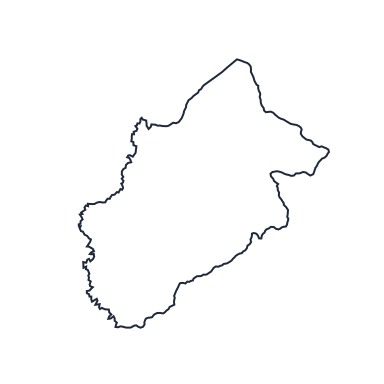 Cabeceira Grande, Minas Gerais, Brazil, rotated 332°
{"feature_id": "56859067B77349065842213", "entity_name": "Cabeceira Grande", "entity_type": "district", "adm_level": 2, "iso_a3": "BRA", "parent_name": "Brazil", "parent_adm1": "Minas Gerais", "projection": "orthographic", "projection_center": [-47.136, -16.069], "detail": "fine", "context": "isolated", "style": "outline", "palette": "slate", "viewbox_px": 384, "rotation_deg": 332, "n_neighbors": 0, "source": "geoboundaries", "source_scale": "gbopen_adm2", "svg_char_len": 4747}
<svg xmlns="http://www.w3.org/2000/svg" viewBox="0 0 384 384"><g transform="rotate(332 192 192)"><path d="M69.4,280.2L71.6,281.6L74.2,282.9L76.6,282.9L78.5,282.9L80.2,283.6L81.3,285.8L82.8,287.6L85.4,288.0L87.8,286.8L88.8,284.7L90.2,283.3L91.9,282.2L93.8,282.3L95.8,283.1L97.9,283.8L99.6,283.0L101.3,282.4L104.5,282.5L107.2,283.9L109.4,285.6L111.2,285.6L113.7,284.7L116.3,284.4L118.3,283.0L120.9,283.1L123.5,283.2L124.5,280.5L125.9,278.7L127.1,277.3L127.4,275.4L128.8,274.2L130.1,273.1L131.8,271.7L133.3,270.7L135.3,269.3L137.1,267.8L138.7,266.9L141.1,267.8L143.3,269.7L145.7,268.9L147.3,270.0L149.2,270.0L151.3,270.5L152.7,269.2L154.9,268.9L156.7,268.7L158.5,269.5L160.6,270.5L163.4,270.3L164.9,271.3L166.6,271.7L169.2,271.4L171.5,271.2L173.7,270.1L175.4,269.2L178.0,268.9L180.3,270.4L182.1,270.4L184.0,270.9L186.3,270.4L189.1,271.4L191.9,271.4L194.7,271.1L197.0,270.1L198.7,269.7L200.7,268.9L202.9,268.7L205.0,268.7L207.3,269.4L209.2,268.5L211.7,268.5L214.2,267.3L215.8,265.4L218.0,265.3L220.5,264.1L221.5,261.2L223.0,260.3L224.3,258.8L225.4,256.9L227.2,257.2L228.9,258.6L229.6,260.3L229.7,262.2L229.4,264.4L231.4,265.6L233.1,263.4L234.7,262.3L236.9,261.9L238.7,260.4L240.9,259.9L242.6,260.3L245.3,259.8L247.8,261.4L248.9,264.0L250.7,265.6L252.7,265.8L254.7,265.4L256.6,265.7L258.7,266.6L260.7,265.3L262.0,263.5L263.5,262.2L264.5,260.7L264.4,258.7L265.8,256.9L266.9,255.2L268.3,253.0L268.0,249.4L267.0,246.5L267.8,244.8L267.5,242.8L267.4,240.5L266.8,237.7L267.2,235.5L268.6,233.5L268.6,230.7L269.7,228.4L269.7,226.5L271.8,225.4L270.7,223.3L269.6,220.8L269.9,218.4L269.1,215.4L269.8,212.8L272.4,212.1L275.0,213.0L276.7,213.5L278.7,215.1L280.7,217.1L281.9,219.0L283.6,220.9L285.5,222.4L287.1,224.3L289.6,225.3L292.6,224.4L294.7,225.6L296.6,226.2L299.3,226.4L301.6,228.1L302.8,230.6L304.2,233.0L307.4,233.2L309.9,231.0L312.3,228.6L314.8,227.4L316.4,226.0L318.2,225.0L320.2,224.4L322.4,223.6L325.3,223.9L328.1,223.1L329.6,221.9L331.7,221.0L332.3,218.5L330.9,216.2L329.4,214.5L327.9,212.6L325.3,212.0L323.9,209.9L322.4,208.0L321.5,206.4L321.7,204.6L321.2,202.6L319.6,201.0L317.6,199.4L316.7,197.3L315.6,194.7L315.4,191.6L316.7,189.8L318.2,188.3L318.3,186.2L317.4,184.1L315.8,181.9L313.3,180.0L311.1,178.1L309.7,175.8L308.6,174.0L307.7,172.4L306.7,170.8L305.3,169.5L303.6,167.3L302.5,164.7L301.6,162.6L301.0,160.2L299.2,158.0L296.7,157.0L294.7,156.2L293.9,154.0L294.7,151.4L294.2,148.5L294.6,145.6L295.9,142.8L296.4,139.8L298.0,138.0L298.6,136.3L298.5,134.3L299.1,131.5L300.4,129.3L299.4,127.6L299.3,123.4L300.1,119.7L300.3,116.5L300.4,113.6L301.8,111.2L302.7,108.7L302.3,106.1L301.4,104.0L300.0,102.6L298.6,101.0L297.2,99.3L295.6,97.6L293.9,96.0L281.4,98.6L274.4,100.3L252.5,103.3L250.7,104.0L248.2,105.5L246.0,105.4L244.1,107.1L238.4,107.9L235.6,108.9L232.1,109.3L227.6,112.5L226.7,114.2L222.8,117.0L221.7,118.5L217.7,121.9L213.2,124.0L210.2,123.8L207.9,122.0L202.4,122.5L200.5,122.0L196.9,119.9L195.0,118.3L192.8,117.3L191.3,115.4L187.9,113.3L186.2,115.1L183.3,116.0L183.0,112.2L183.9,110.5L185.1,107.4L182.5,104.8L182.4,102.9L180.7,103.3L179.7,105.3L177.8,106.9L176.0,105.8L174.8,107.2L173.0,107.2L173.5,110.5L171.7,111.9L168.7,111.5L167.9,113.8L166.2,112.8L164.8,114.8L163.9,116.6L162.2,118.8L163.7,120.3L162.3,123.2L164.4,125.5L162.8,127.7L160.6,130.9L158.1,132.1L156.3,133.0L154.5,130.4L152.9,129.8L151.1,130.9L152.5,132.3L152.7,134.7L152.3,137.2L149.1,136.3L146.3,137.2L144.7,139.5L142.2,139.5L139.8,140.9L138.2,143.6L138.4,146.4L136.2,147.3L136.7,150.0L135.3,151.3L133.5,151.4L133.6,153.9L132.9,156.2L131.3,157.2L130.2,155.8L126.9,158.0L125.7,156.8L122.3,158.0L120.0,157.1L117.7,158.2L116.2,159.4L114.3,158.3L112.3,159.2L110.6,160.4L107.9,159.2L106.2,157.7L104.2,157.0L102.4,156.7L100.4,156.8L98.6,156.0L96.5,154.8L94.5,153.5L93.6,155.7L92.1,154.1L89.8,155.2L89.5,157.6L86.9,157.8L84.5,158.1L84.9,159.9L82.4,159.2L82.7,162.0L82.6,164.8L80.0,165.4L78.6,167.7L76.8,167.4L76.0,169.3L77.6,169.9L75.8,171.3L75.6,174.4L77.1,175.8L77.1,179.2L78.9,181.7L79.2,184.5L80.5,186.4L78.7,188.1L76.0,189.6L73.7,190.8L75.2,191.7L77.7,195.6L77.7,198.1L74.5,198.0L72.7,198.8L74.5,200.1L76.2,200.4L75.3,203.1L73.2,204.7L69.7,205.5L69.7,202.7L67.8,202.6L65.4,204.8L63.1,202.8L60.6,208.0L63.5,208.2L62.1,210.3L63.4,211.9L63.0,216.0L61.2,217.1L60.9,219.1L59.3,221.1L60.6,223.4L58.2,225.6L57.9,227.3L59.7,229.5L57.7,230.0L55.3,230.9L52.6,230.1L51.7,232.0L53.1,234.0L52.4,236.2L54.0,237.1L52.6,239.7L52.2,241.9L54.5,241.8L57.7,241.6L57.5,243.6L55.8,244.8L53.8,246.2L57.8,247.7L55.8,250.1L55.8,252.1L58.0,252.0L59.0,253.4L60.2,254.8L63.4,256.8L62.4,259.6L63.3,262.2L60.4,263.0L58.6,264.7L60.8,265.5L64.4,264.9L64.4,267.1L63.3,269.4L64.3,272.1L62.5,273.6L61.1,275.3L63.2,276.7L65.7,277.0L68.0,278.7L69.4,280.2Z" fill="none" stroke="#1e293b" stroke-width="2"/></g></svg>